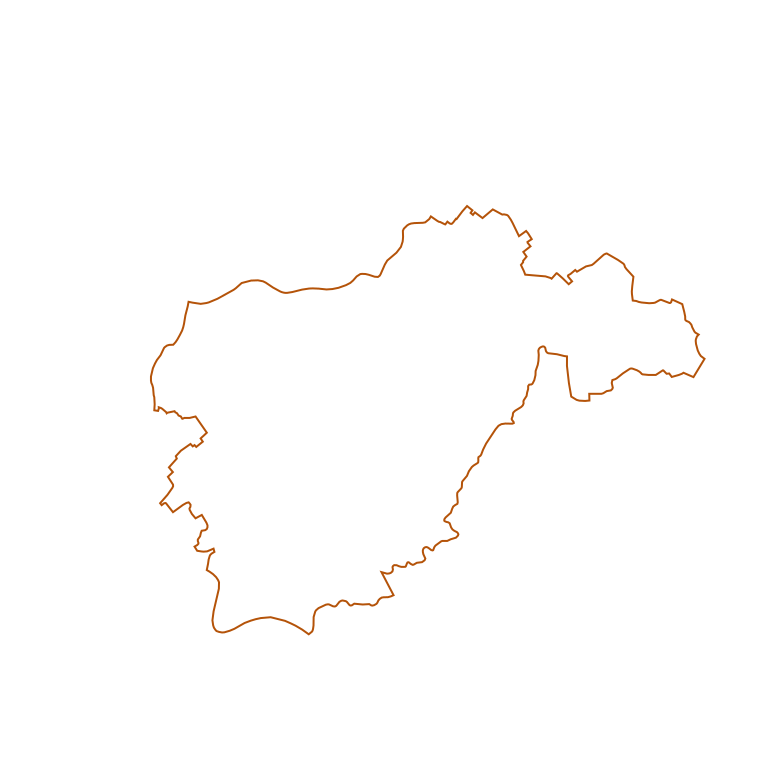 Cam Giang, Hải Dương, Vietnam (orthographic projection), rotated 142°
{"feature_id": "81297802B85581314164043", "entity_name": "Cam Giang", "entity_type": "district", "adm_level": 2, "iso_a3": "VNM", "parent_name": "Vietnam", "parent_adm1": "Hải Dương", "projection": "orthographic", "projection_center": [106.206, 20.951], "detail": "fine", "context": "isolated", "style": "outline", "palette": "amber", "viewbox_px": 768, "rotation_deg": 142, "n_neighbors": 0, "source": "geoboundaries", "source_scale": "gbopen_adm2", "svg_char_len": 6165}
<svg xmlns="http://www.w3.org/2000/svg" viewBox="0 0 768 768"><g transform="rotate(142 384 384)"><path d="M487.4,569.1L490.9,566.0L498.2,560.4L504.6,554.5L507.2,552.4L510.2,550.4L514.7,548.3L519.4,546.3L522.5,545.3L525.9,544.7L529.1,547.0L531.3,547.9L534.2,548.0L535.2,547.8L542.4,544.2L548.2,542.7L551.9,541.1L556.4,538.7L563.0,533.4L565.5,530.2L566.6,528.2L567.2,525.9L568.3,523.2L572.4,516.9L573.1,515.1L577.2,509.2L581.2,504.7L578.6,501.9L576.3,503.5L575.8,504.3L574.5,502.3L574.0,500.9L573.0,495.9L573.3,494.7L572.3,494.7L565.8,491.5L565.9,490.2L565.1,488.4L565.3,485.6L564.1,483.5L564.4,480.9L564.1,480.6L562.2,480.2L558.2,477.0L552.5,474.4L553.6,454.7L562.0,454.0L562.3,450.1L570.7,450.0L570.9,452.5L573.1,452.6L573.4,455.9L585.1,456.5L592.5,455.3L593.2,452.8L604.8,450.7L604.6,444.6L611.4,443.9L612.2,434.6L613.1,433.3L614.6,432.5L622.8,430.0L633.8,427.9L633.8,425.4L630.8,425.4L629.6,424.9L629.2,424.2L629.2,412.9L616.9,412.5L612.9,411.9L610.8,411.0L610.7,409.2L610.8,407.9L612.2,406.4L613.9,405.7L614.6,404.5L615.4,399.9L615.2,394.2L608.2,393.0L609.3,384.1L610.1,381.3L611.4,379.7L613.0,378.8L614.9,378.9L618.0,380.6L619.9,379.5L622.7,377.2L626.4,376.1L627.4,374.9L628.0,373.1L628.6,372.4L630.3,372.1L633.4,372.5L633.9,367.6L630.9,364.4L629.3,362.9L626.4,361.0L619.7,359.2L621.0,356.1L624.3,356.5L626.1,356.3L627.2,355.8L630.3,353.6L633.4,350.6L638.2,346.5L637.0,343.5L635.8,339.5L635.2,335.1L635.5,331.4L636.1,329.3L640.2,324.3L658.2,309.8L664.7,303.4L667.2,299.0L668.0,296.8L668.2,294.4L668.1,292.5L666.7,290.3L664.6,287.9L662.7,286.6L657.4,284.5L652.6,283.2L641.0,281.5L634.6,279.5L630.0,277.7L625.2,275.4L616.9,270.0L607.8,258.3L604.8,252.7L602.5,248.0L599.7,240.9L597.4,233.1L593.3,233.2L592.2,233.6L590.8,234.6L588.3,237.0L582.9,243.7L578.3,247.0L577.0,247.5L573.6,247.7L565.7,245.9L563.8,244.9L563.0,244.1L561.0,240.2L559.7,238.9L558.2,238.6L553.2,239.8L551.1,239.5L549.9,238.9L547.8,236.4L547.4,235.2L547.3,231.2L546.9,230.2L545.7,229.4L542.7,229.2L536.6,223.4L531.1,219.6L530.4,217.5L529.7,216.6L528.0,215.8L525.3,215.4L524.0,215.7L521.7,216.9L519.6,217.3L517.3,217.1L515.5,216.1L512.2,213.6L509.3,212.4L506.5,211.7L501.8,237.3L498.4,232.7L496.7,231.6L495.1,231.0L492.8,231.1L491.2,232.3L490.0,234.5L489.0,235.0L487.5,235.0L485.6,233.4L484.4,231.2L483.0,229.3L480.4,227.3L479.6,226.8L479.0,226.9L476.4,228.5L475.3,228.9L474.6,228.6L474.2,228.1L473.7,225.8L472.8,223.9L471.9,223.4L468.2,222.9L463.7,220.2L460.5,220.1L458.9,221.0L457.8,225.6L456.8,227.7L455.8,229.0L454.8,229.7L453.8,230.1L452.5,230.1L451.2,229.6L450.6,229.0L449.9,227.6L449.0,224.0L448.1,222.9L447.5,222.8L444.9,224.4L443.0,225.0L435.7,224.8L434.6,224.4L430.8,221.4L427.1,220.6L421.9,218.6L419.0,219.0L417.9,219.8L417.6,221.3L417.7,222.3L419.0,225.1L419.6,227.3L419.4,229.7L418.0,233.8L418.5,235.4L419.8,237.0L420.7,238.7L420.4,239.6L419.6,240.3L417.7,240.9L410.6,241.4L407.1,243.7L404.9,244.8L402.5,244.8L400.0,244.4L398.7,245.4L395.0,251.1L393.4,253.0L392.5,253.4L387.2,254.2L386.2,254.8L382.8,258.7L381.9,259.1L375.2,260.5L370.8,263.0L365.9,264.5L363.5,264.6L358.8,264.1L358.0,264.3L356.7,265.7L355.4,267.5L354.6,268.2L352.2,268.1L350.9,268.5L346.3,271.3L340.2,274.2L324.1,279.6L319.5,280.6L316.2,280.1L312.7,278.1L307.3,273.7L305.8,273.3L305.3,274.1L305.2,277.1L304.9,277.9L302.1,279.7L300.7,281.2L299.7,281.9L297.2,282.2L290.0,281.4L287.8,281.7L286.0,282.7L284.9,284.4L284.0,285.1L279.0,286.8L276.4,289.2L273.5,291.3L271.7,293.6L270.0,294.1L268.1,292.9L267.4,292.8L266.6,292.9L263.2,294.5L259.2,297.7L256.5,300.9L251.1,304.4L248.1,307.1L244.1,311.7L241.9,315.2L240.5,316.2L238.9,316.6L237.4,316.4L236.0,316.0L235.0,315.2L234.7,314.4L234.7,313.2L236.0,310.5L236.2,309.7L236.1,308.1L235.6,307.1L229.4,301.0L224.7,295.0L222.8,293.1L228.7,285.6L237.7,270.9L244.2,258.8L242.0,252.9L240.3,250.6L235.9,246.8L232.3,244.5L228.3,249.9L218.7,242.4L216.8,241.7L212.9,241.3L209.2,239.3L207.2,239.5L206.0,240.2L203.9,244.6L201.6,246.5L199.0,245.5L197.2,245.2L189.2,245.3L180.8,244.6L179.7,244.1L178.7,243.1L176.2,239.1L175.2,236.7L174.8,235.0L174.7,233.3L174.3,232.4L170.0,228.3L164.2,223.8L158.2,223.3L155.9,223.1L155.5,222.7L155.0,218.1L152.8,216.7L152.9,212.4L146.1,209.6L142.7,208.6L141.1,208.5L135.9,198.9L115.9,206.5L117.1,211.0L116.9,213.7L116.1,217.3L113.5,223.4L111.8,226.1L110.7,227.2L108.1,228.8L105.6,229.2L107.0,232.7L107.1,234.2L106.2,238.9L105.3,241.4L105.3,243.2L105.5,245.0L106.9,247.6L107.1,248.7L106.9,249.4L105.1,251.8L103.0,256.0L99.8,263.3L105.0,273.3L107.4,271.7L108.4,271.6L109.2,272.1L113.7,279.6L114.5,280.2L115.9,280.5L120.2,281.2L121.5,281.8L125.2,284.3L130.8,289.6L132.7,291.8L134.1,294.1L136.6,296.6L133.2,302.3L131.7,304.4L127.9,308.5L121.4,315.0L122.2,325.2L122.1,327.9L121.4,329.5L121.2,331.2L123.2,337.6L128.1,349.7L129.2,350.2L131.2,350.6L144.9,349.7L147.0,349.8L152.4,352.3L162.8,353.7L163.1,356.1L169.3,355.9L171.8,356.3L172.6,355.9L172.8,354.9L172.6,349.1L177.0,348.9L178.1,357.2L179.5,364.6L179.9,365.1L187.1,363.8L187.5,365.0L190.5,369.4L205.4,383.2L204.3,386.7L202.8,393.5L199.4,394.3L198.6,395.4L193.2,396.6L192.9,402.3L183.8,402.3L183.9,406.8L183.5,407.6L178.4,407.2L177.7,414.1L177.8,417.1L186.6,417.4L183.5,431.8L182.9,435.4L182.6,440.1L183.1,441.6L185.0,443.8L186.5,444.7L190.8,454.6L204.2,454.1L206.7,463.3L209.8,462.5L210.4,465.5L207.4,466.4L209.0,473.1L216.0,471.8L225.3,469.3L225.6,469.9L230.0,468.7L232.0,468.5L232.7,469.0L233.4,470.1L234.1,472.9L237.4,472.0L237.8,472.5L240.0,477.1L240.8,477.9L241.5,479.5L243.9,487.2L246.8,486.1L252.0,486.0L254.1,487.1L261.0,492.1L263.9,493.8L266.1,494.5L268.1,494.7L272.7,494.2L274.8,493.1L278.4,488.2L280.3,486.1L281.7,484.7L286.3,481.6L293.4,479.8L305.4,479.3L309.8,477.6L319.1,472.6L320.7,472.0L322.9,472.1L325.3,474.3L328.8,479.5L330.9,482.1L333.5,484.3L335.0,485.2L339.3,485.6L344.6,484.6L348.3,484.4L353.1,485.3L360.6,487.8L366.2,490.6L371.1,493.9L376.8,499.4L381.4,503.3L384.2,505.3L390.4,508.8L399.6,512.9L404.3,515.5L405.8,516.7L406.9,517.9L408.1,519.5L409.0,521.2L412.1,528.4L414.8,536.7L416.1,539.4L419.5,543.3L425.0,547.3L434.0,551.2L441.9,550.7L444.6,550.8L462.8,553.7L471.9,556.2L474.2,557.2L479.1,560.0L484.9,566.1L487.4,569.1Z" fill="none" stroke="#b45309" stroke-width="2"/></g></svg>